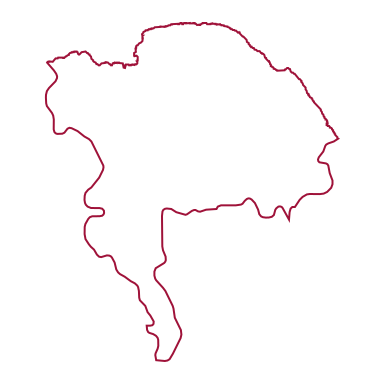 Sosua, Puerto Plata, Dominican Republic
{"feature_id": "3306468B55760825381670", "entity_name": "Sosua", "entity_type": "district", "adm_level": 2, "iso_a3": "DOM", "parent_name": "Dominican Republic", "parent_adm1": "Puerto Plata", "projection": "orthographic", "projection_center": [-70.473, 19.663], "detail": "fine", "context": "isolated", "style": "outline", "palette": "rose", "viewbox_px": 384, "rotation_deg": 0, "n_neighbors": 0, "source": "geoboundaries", "source_scale": "gbopen_adm2", "svg_char_len": 5740}
<svg xmlns="http://www.w3.org/2000/svg" viewBox="0 0 384 384"><path d="M338.1,138.7L337.4,138.3L337.4,137.2L335.2,134.9L335.2,134.1L334.5,133.7L334.5,132.9L333.8,132.5L333.8,131.8L333.1,131.4L333.1,130.2L332.0,129.5L332.0,128.7L331.3,127.9L329.8,127.6L329.8,126.8L329.1,126.0L328.0,126.0L328.0,125.6L326.6,125.2L326.6,123.7L327.3,123.7L327.3,122.9L327.6,122.9L327.3,121.4L326.9,121.4L326.9,120.3L326.2,119.5L325.5,119.5L325.5,118.7L324.4,117.9L324.4,116.8L323.7,116.4L323.3,114.5L322.2,113.7L321.8,111.8L320.8,110.6L320.8,109.5L313.9,102.2L313.9,101.4L312.8,100.7L312.4,99.1L311.7,98.7L311.7,98.0L309.9,97.2L309.5,96.0L308.8,95.7L308.8,94.5L308.1,94.5L308.1,93.7L307.0,93.0L306.6,90.7L305.6,89.5L305.6,87.6L303.0,84.9L302.7,83.4L301.2,81.8L301.6,81.1L299.8,79.1L299.0,79.1L294.7,73.8L294.0,73.8L292.9,72.6L291.8,72.6L290.7,71.5L290.0,69.1L289.3,69.1L288.2,68.0L287.1,68.0L285.6,69.5L284.9,69.5L284.6,70.3L277.3,70.7L277.3,70.3L275.9,69.9L275.5,69.2L273.7,68.8L273.7,68.0L273.0,67.2L272.3,67.2L271.5,66.1L270.8,66.1L270.8,64.5L270.1,64.2L269.7,62.2L269.0,61.9L269.0,61.1L268.3,61.1L266.1,58.8L266.1,58.0L265.0,57.6L264.3,54.9L263.2,53.8L262.1,53.8L261.8,53.0L261.0,53.0L259.6,51.1L257.4,51.1L256.3,49.9L254.5,49.6L253.8,48.0L252.7,48.0L252.0,47.2L251.3,47.2L251.3,46.5L250.5,46.5L249.8,45.7L249.8,44.9L248.7,44.2L248.7,43.0L246.9,41.9L246.6,39.9L243.3,36.5L242.6,36.5L239.7,33.4L239.7,32.6L238.6,32.6L238.6,32.3L237.9,32.6L236.1,30.7L235.0,30.7L234.3,30.0L232.8,30.0L232.1,29.2L231.0,29.2L230.6,28.4L229.9,28.4L229.6,27.7L227.4,26.9L227.4,26.5L224.1,26.1L223.8,25.3L221.6,25.3L221.6,25.0L219.8,24.6L219.8,24.2L216.9,24.6L216.9,24.2L215.5,24.2L215.5,23.8L212.2,23.8L212.2,23.4L210.4,23.8L210.4,24.2L207.1,24.2L206.4,23.0L202.8,23.0L202.8,23.4L201.4,23.8L200.3,25.0L199.5,25.0L199.5,24.6L197.0,25.0L195.9,23.8L195.2,23.8L194.8,23.0L193.4,23.0L193.4,23.4L189.8,23.4L189.8,23.0L186.2,23.4L186.2,23.0L184.0,23.0L183.3,24.2L182.2,24.2L181.8,23.0L180.7,23.0L180.7,23.4L180.0,23.4L179.3,24.2L178.2,24.2L178.2,23.8L171.7,24.2L171.7,24.6L170.6,24.6L170.2,25.3L168.4,25.3L167.7,26.1L165.9,26.1L165.9,26.5L164.5,26.5L164.5,26.9L160.5,26.5L160.5,26.9L154.7,27.3L153.6,28.4L151.8,28.4L151.8,28.8L150.7,28.8L150.7,29.2L148.9,29.2L148.9,29.6L147.5,30.0L147.5,30.3L145.6,30.3L145.3,31.1L143.5,31.9L143.4,32.6L142.0,34.2L142.4,35.7L142.8,35.7L142.4,36.1L142.4,38.4L142.8,38.4L142.4,41.1L140.9,42.6L139.1,43.4L137.7,45.3L137.0,45.3L136.2,46.1L136.2,47.6L135.9,47.6L135.9,48.8L135.5,48.8L135.9,51.9L134.1,53.0L134.1,55.7L134.8,55.7L134.8,56.1L136.6,55.7L137.7,56.9L137.7,60.3L137.3,60.3L137.3,61.5L137.0,61.5L137.3,61.9L137.3,63.4L136.6,64.2L135.5,64.2L135.5,64.5L134.1,64.5L134.1,64.9L132.6,64.5L132.6,64.9L130.8,64.9L130.8,65.3L129.0,65.3L128.6,64.5L125.7,64.5L125.0,65.3L125.0,66.5L125.4,66.5L125.0,68.0L123.6,67.6L122.8,63.4L118.9,63.0L118.9,62.6L116.7,62.6L116.7,63.0L114.9,62.6L114.9,63.0L113.8,63.0L113.8,63.4L112.7,63.4L112.0,65.3L110.9,65.3L110.2,64.2L109.5,64.2L108.0,62.6L106.2,62.2L106.2,62.6L104.8,62.6L104.8,63.0L101.5,63.4L99.7,65.3L98.6,65.3L97.5,64.1L96.4,64.1L95.7,62.6L93.9,61.8L93.2,61.1L93.2,60.3L91.4,58.8L91.0,56.5L89.6,55.3L89.6,54.5L88.5,54.2L87.8,53.0L87.0,53.0L85.6,51.5L81.6,52.2L79.4,54.5L78.7,54.5L78.0,53.8L77.6,52.2L76.6,51.8L76.6,51.5L74.7,51.5L74.7,51.8L73.6,51.8L73.6,52.2L71.8,52.2L71.8,52.6L70.0,53.0L68.9,54.1L68.9,54.9L67.5,55.3L66.4,56.4L65.7,56.4L64.2,58.0L63.2,58.0L63.2,57.6L58.1,57.6L57.7,58.4L55.6,58.4L52.7,61.8L49.4,61.4L49.4,61.8L47.6,61.8L47.1,62.6L53.8,70.3L56.2,73.8L57.1,76.3L57.0,78.1L55.5,81.3L49.0,88.0L46.9,91.1L46.0,94.8L45.9,97.6L46.2,103.4L46.9,106.1L52.0,113.0L53.2,115.6L53.8,119.5L53.7,129.4L54.4,132.0L55.6,133.3L57.2,133.9L62.3,133.7L64.4,132.7L67.5,128.7L69.4,127.8L71.6,128.2L77.6,131.1L84.4,136.5L89.0,139.1L91.4,141.5L103.3,165.5L103.5,167.3L103.0,169.9L99.2,177.6L91.3,187.5L88.2,189.7L85.5,192.9L84.7,195.8L84.5,199.9L85.0,202.9L85.8,204.7L87.6,206.6L91.0,208.0L99.7,208.1L102.2,208.7L103.9,210.6L104.1,213.0L103.5,214.5L102.2,215.7L99.7,216.2L92.2,216.3L89.8,217.2L88.2,219.0L85.4,224.0L84.7,226.9L84.6,234.1L85.5,239.1L88.8,244.2L90.8,246.7L94.0,249.6L96.9,254.6L99.1,256.7L101.2,257.1L106.9,255.4L109.3,255.6L110.8,256.3L111.9,257.5L114.6,262.5L116.3,269.5L118.1,272.4L120.0,274.1L124.7,276.7L130.8,281.2L134.8,283.3L137.3,285.6L138.1,287.1L138.9,290.9L139.2,297.7L139.9,300.3L145.3,305.9L147.6,312.2L150.3,315.5L153.7,321.5L153.5,323.9L152.4,325.2L150.1,325.7L146.7,325.7L147.1,329.9L148.2,332.1L149.4,332.9L153.2,334.1L156.0,335.8L157.6,337.8L158.2,339.8L158.3,345.9L157.6,348.8L155.6,353.3L155.3,355.1L156.2,360.2L164.9,361.0L167.5,360.5L169.6,359.2L172.9,353.7L180.6,338.1L181.4,334.6L180.9,330.1L174.8,317.7L173.5,308.6L172.7,305.9L165.4,291.0L163.0,287.8L156.2,280.3L155.2,278.6L154.4,275.6L154.4,271.6L155.7,268.2L164.3,262.9L165.3,261.6L165.8,260.1L165.6,256.6L163.0,250.3L162.3,246.4L162.0,216.0L162.5,211.4L163.4,209.8L165.0,208.8L166.8,208.5L171.3,209.0L176.3,212.2L185.5,214.8L187.0,214.3L191.9,210.9L194.1,210.0L195.5,210.0L198.1,211.4L200.1,211.7L206.1,209.7L216.5,209.0L217.8,206.6L221.1,205.3L236.0,205.3L240.9,204.6L242.5,203.8L244.8,200.8L246.8,199.0L248.3,198.4L249.8,198.5L251.6,199.5L254.9,203.0L258.1,209.6L259.3,214.2L261.1,216.4L262.9,217.2L265.8,217.6L268.9,217.5L271.8,216.8L273.9,215.0L275.3,209.8L276.3,208.3L278.4,206.6L280.0,206.4L281.6,206.9L282.6,208.0L289.0,219.6L289.6,212.1L290.6,208.6L292.3,207.0L294.9,207.0L299.7,199.8L302.6,196.9L306.9,194.4L309.8,194.0L319.8,194.1L323.7,193.6L327.2,191.9L331.2,187.8L332.5,184.2L332.5,180.5L329.7,173.1L328.3,165.6L327.4,164.2L325.9,163.4L319.4,162.3L318.3,161.1L318.0,159.5L318.8,157.3L323.3,151.5L325.3,145.9L326.2,144.6L328.3,143.4L333.8,141.5L338.1,138.7Z" fill="none" stroke="#9f1239" stroke-width="2"/></svg>